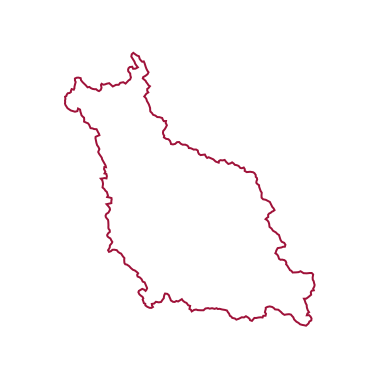 the district of Cunha, São Paulo, Brazil, rotated 283°
{"feature_id": "56859067B27501626478816", "entity_name": "Cunha", "entity_type": "district", "adm_level": 2, "iso_a3": "BRA", "parent_name": "Brazil", "parent_adm1": "São Paulo", "projection": "natural_earth1", "projection_center": [-44.92, -23.055], "detail": "fine", "context": "isolated", "style": "outline", "palette": "rose", "viewbox_px": 384, "rotation_deg": 283, "n_neighbors": 0, "source": "geoboundaries", "source_scale": "gbopen_adm2", "svg_char_len": 5959}
<svg xmlns="http://www.w3.org/2000/svg" viewBox="0 0 384 384"><g transform="rotate(283 192 192)"><path d="M312.3,109.8L312.7,107.4L314.4,103.5L312.6,102.3L310.3,102.4L306.1,106.6L304.2,107.8L302.8,109.3L301.3,111.2L299.5,109.2L298.8,106.9L300.6,105.6L299.7,103.2L298.3,102.3L296.8,102.2L295.2,102.8L293.6,105.1L291.7,105.7L290.0,106.7L287.7,106.4L286.6,105.2L284.4,103.9L282.7,102.9L283.5,100.3L282.2,97.5L280.0,96.5L279.3,93.8L277.0,91.1L279.4,86.9L278.4,84.7L277.2,82.9L276.6,81.4L277.1,79.6L275.8,79.2L273.2,80.4L271.0,80.1L269.4,78.7L269.7,77.1L270.6,75.4L270.2,73.9L270.1,71.9L270.5,70.0L271.3,68.4L270.5,66.7L272.1,64.5L274.4,60.7L276.0,58.7L277.9,57.9L277.9,55.5L277.4,53.9L276.2,52.4L274.3,52.9L273.0,53.9L269.2,53.8L267.9,53.8L266.6,54.1L265.1,53.8L265.2,51.6L263.5,51.3L262.1,51.5L260.9,50.4L260.3,48.8L258.9,48.1L257.3,48.0L256.3,46.9L254.3,47.7L252.5,47.7L251.1,48.2L249.7,48.3L248.2,49.2L245.6,51.9L244.2,55.5L243.9,59.9L245.0,62.1L247.7,62.2L247.1,64.4L245.0,65.3L243.4,66.3L242.0,67.0L241.1,68.2L240.1,70.1L238.2,70.7L236.3,71.0L235.9,72.8L235.5,75.3L234.3,76.7L231.4,78.8L231.6,80.8L231.3,82.4L231.7,84.9L228.9,87.2L227.8,88.3L226.5,89.0L225.5,87.5L224.1,85.7L222.8,85.8L218.2,87.9L216.3,89.0L214.9,90.6L213.0,92.1L209.9,91.6L208.4,92.8L205.1,96.4L203.6,97.1L198.4,101.8L196.8,102.6L196.6,101.0L194.6,101.1L193.5,102.0L192.1,103.1L190.4,102.6L190.3,104.5L188.3,105.5L186.0,105.6L185.9,103.6L185.1,101.9L184.5,100.2L183.1,102.0L181.4,102.9L179.8,103.5L176.3,103.8L175.1,106.0L173.8,107.3L172.9,109.0L169.7,110.9L168.0,110.5L168.1,112.5L168.0,114.9L166.6,115.4L165.2,115.4L163.0,115.9L160.9,111.5L159.1,114.0L157.8,115.5L156.2,116.1L153.1,115.2L151.4,113.5L149.7,113.1L148.4,113.5L147.4,114.5L145.9,116.5L144.3,117.1L140.7,118.1L139.0,118.4L137.5,118.9L136.3,120.4L134.6,120.9L132.9,119.6L130.9,119.0L129.7,119.7L129.0,121.0L128.4,122.9L126.7,124.3L125.4,125.6L124.0,125.3L121.5,124.0L119.7,124.3L118.2,124.0L116.4,123.3L115.0,124.6L116.1,126.3L117.8,127.5L118.3,129.3L118.4,131.8L117.0,133.5L116.3,135.3L116.0,136.8L113.7,139.2L112.4,141.0L110.6,141.2L109.3,141.6L107.7,142.1L106.6,143.2L106.6,144.9L105.6,147.5L104.0,149.8L102.9,152.0L102.7,153.9L101.7,156.1L100.7,157.8L98.8,157.2L97.4,158.0L97.0,160.4L95.7,162.5L93.6,164.1L93.3,166.2L88.2,169.9L86.5,169.6L85.2,169.0L86.1,167.3L86.4,165.3L83.7,162.5L82.3,162.3L80.5,163.7L79.4,165.7L78.7,167.4L77.4,168.5L76.1,168.1L74.5,169.2L72.9,170.1L72.6,171.6L71.0,172.1L70.1,174.2L69.6,176.7L70.0,178.6L71.2,179.8L72.3,178.6L73.9,178.0L74.8,180.2L76.9,181.5L77.0,184.5L77.9,186.6L80.5,187.6L82.1,188.4L83.6,188.2L85.4,188.2L87.0,188.6L87.2,190.9L86.2,192.7L84.3,193.9L83.2,194.8L81.6,195.8L80.7,198.3L81.0,199.9L82.3,201.3L82.2,203.1L85.3,206.2L84.1,207.5L83.1,209.5L82.7,211.6L80.8,213.8L80.6,215.8L77.5,215.8L77.0,217.4L75.6,218.6L77.5,220.5L78.4,222.4L78.2,224.2L78.8,227.4L79.4,229.9L81.5,231.3L82.5,233.8L82.3,235.5L83.3,237.7L83.2,240.3L84.3,242.1L83.8,243.5L84.4,245.2L84.3,247.7L84.5,250.6L84.4,252.7L82.9,254.1L81.9,255.4L79.9,256.8L79.4,258.4L78.4,259.5L78.4,262.3L77.6,263.9L79.0,266.1L81.1,268.6L81.5,270.9L83.1,272.5L82.3,274.9L81.4,276.6L80.2,277.4L79.9,279.4L83.3,281.1L83.7,282.9L84.7,285.1L85.4,287.2L85.6,289.0L87.4,289.3L88.0,291.5L90.0,291.5L91.2,290.1L92.7,290.1L94.5,290.2L95.8,289.9L97.0,291.3L98.0,293.5L98.0,296.0L97.4,297.7L96.3,299.3L96.7,302.6L95.0,305.9L93.9,307.5L93.1,309.7L94.0,311.7L94.8,314.1L94.8,316.0L93.7,317.4L92.7,318.9L90.8,320.2L89.1,322.9L88.4,325.3L87.4,327.1L87.3,329.4L87.4,331.2L87.4,333.2L90.1,335.1L92.2,335.5L93.7,337.1L95.7,336.9L97.3,335.5L98.3,333.8L97.7,331.6L99.6,331.8L101.2,333.1L102.7,331.5L104.9,330.1L106.1,329.6L107.6,329.2L109.6,327.5L111.7,326.3L113.2,325.1L113.8,327.3L115.8,329.0L118.7,331.2L121.1,330.3L122.8,330.9L123.6,332.8L125.1,331.8L127.3,332.4L129.0,332.4L130.6,331.5L132.5,330.6L133.7,329.4L135.7,328.8L138.9,328.6L140.0,326.9L139.5,324.8L138.6,322.2L138.0,319.0L139.2,315.6L137.9,313.9L137.2,311.8L136.2,308.2L137.6,306.5L137.9,305.0L139.1,304.0L140.3,302.7L141.6,301.5L142.8,299.9L144.1,299.9L145.6,298.9L146.4,297.4L146.4,295.1L145.9,293.4L146.5,291.8L148.8,290.5L150.2,289.1L151.1,287.0L152.4,287.3L153.8,287.3L156.6,288.1L158.1,291.7L159.1,293.0L159.6,294.8L161.6,294.9L163.2,293.3L163.7,290.6L165.3,289.0L169.7,286.4L170.3,284.6L171.5,282.8L172.5,279.6L174.3,277.7L175.4,275.4L178.4,274.3L180.2,273.2L181.4,271.7L182.1,269.8L183.5,270.7L184.7,271.9L187.0,271.3L188.4,272.0L189.4,273.3L190.7,274.2L191.6,275.4L192.9,276.5L194.4,275.2L195.5,273.6L199.8,270.1L201.0,265.6L200.9,262.9L202.1,261.1L204.3,260.5L207.0,260.1L208.5,258.6L212.1,256.3L213.7,255.8L214.4,254.0L215.4,252.6L217.1,252.4L218.8,252.7L220.2,252.1L221.1,250.7L223.0,250.2L224.5,248.5L225.0,247.0L224.8,244.1L223.7,240.9L224.4,238.6L226.1,238.3L227.5,236.9L226.4,235.3L226.3,233.7L227.9,231.5L228.2,229.5L228.1,227.6L229.2,226.1L229.9,224.4L228.6,223.1L227.5,221.1L229.0,218.5L230.6,216.6L229.7,214.8L229.4,212.5L228.4,211.4L226.6,211.4L227.0,208.2L228.6,205.5L229.6,200.4L228.6,199.1L229.7,197.6L231.4,196.1L229.9,192.1L230.6,190.2L232.1,189.0L233.7,188.3L234.3,186.5L233.7,184.0L234.1,182.5L234.4,180.8L234.1,179.0L235.3,178.3L236.2,177.0L236.6,174.9L236.0,172.2L236.5,170.2L237.8,168.2L237.2,166.2L235.1,164.8L234.1,162.8L234.0,160.8L235.5,160.0L236.9,159.0L238.1,157.2L238.0,154.8L238.9,152.3L240.6,152.3L241.7,151.1L243.1,150.4L244.9,150.2L247.5,151.5L249.6,152.1L251.4,152.5L253.4,150.8L255.3,150.7L254.7,148.5L256.0,147.2L257.4,146.3L257.6,143.5L257.2,141.3L258.2,139.2L258.5,136.7L259.8,135.4L261.1,133.3L263.1,132.6L264.4,132.3L267.6,130.3L269.3,128.8L270.5,127.6L272.2,126.7L273.5,125.4L274.3,124.0L277.5,125.4L279.2,127.0L280.5,125.6L282.4,125.2L283.5,126.2L285.6,127.2L286.2,125.6L287.5,124.3L288.8,122.7L289.9,121.8L291.6,118.5L293.0,118.6L294.7,120.5L296.8,122.2L298.9,122.7L299.8,121.6L301.5,120.1L303.4,118.8L306.7,116.9L308.4,115.6L307.7,114.2L308.6,112.7L310.0,111.0L312.3,109.8Z" fill="none" stroke="#9f1239" stroke-width="2"/></g></svg>